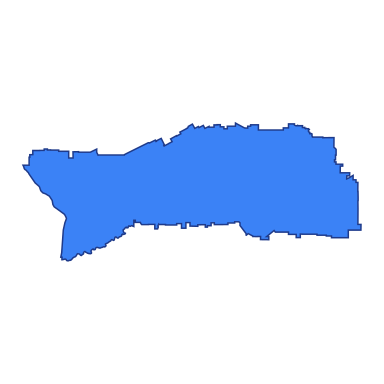 Pingelly, Western Australia, Australia
{"feature_id": "25037944B83412079426782", "entity_name": "Pingelly", "entity_type": "district", "adm_level": 2, "iso_a3": "AUS", "parent_name": "Australia", "parent_adm1": "Western Australia", "projection": "albers", "projection_center": [117.054, -32.532], "detail": "fine", "context": "isolated", "style": "filled", "palette": "blue", "viewbox_px": 384, "rotation_deg": 0, "n_neighbors": 0, "source": "geoboundaries", "source_scale": "gbopen_adm2", "svg_char_len": 5764}
<svg xmlns="http://www.w3.org/2000/svg" viewBox="0 0 384 384"><path d="M24.7,169.2L25.1,169.6L26.1,170.2L26.5,170.6L27.4,171.8L28.3,172.5L28.9,173.8L35.3,183.1L35.7,183.4L38.7,186.0L39.2,186.5L39.5,187.0L40.7,190.5L41.2,191.2L42.9,192.9L45.5,193.8L49.1,196.0L49.3,196.0L52.2,200.5L52.9,204.5L54.1,206.7L54.3,206.9L64.2,214.1L65.0,215.2L66.3,217.9L66.4,218.3L66.4,218.7L64.9,222.8L63.3,230.0L61.7,252.7L60.8,257.2L62.0,257.2L61.9,259.7L62.5,259.7L63.2,259.6L63.5,259.4L64.0,259.4L64.5,259.2L65.0,259.1L65.9,259.3L66.2,259.7L66.6,260.5L66.9,260.6L67.6,260.7L67.9,260.9L68.7,260.7L69.0,260.5L69.1,260.4L70.3,260.3L70.6,260.1L70.8,260.2L71.8,259.3L72.6,258.3L73.3,257.6L74.2,257.1L75.2,256.8L75.7,256.4L76.1,255.9L76.4,255.5L76.7,254.8L77.1,254.3L77.1,254.2L77.4,253.8L77.6,253.7L79.4,254.0L79.7,254.2L79.8,254.5L80.6,255.3L81.2,255.5L81.6,255.4L81.8,255.2L82.4,254.4L82.7,254.3L83.0,254.2L83.4,254.0L83.6,253.5L83.5,252.9L83.8,252.2L84.7,251.5L85.0,251.5L85.4,251.8L85.7,252.2L86.1,252.3L86.4,252.6L87.1,252.8L87.5,253.2L88.1,253.3L88.4,253.5L89.2,253.5L89.7,253.7L90.6,253.7L91.3,253.4L91.5,253.0L91.4,252.4L91.4,252.0L91.3,251.9L91.1,251.8L91.0,251.4L91.0,250.9L91.1,250.6L91.4,250.2L92.5,249.2L92.9,249.1L93.5,249.1L93.7,249.3L93.6,249.6L93.9,249.8L94.5,249.7L95.0,249.6L95.3,249.3L95.5,248.4L95.7,248.1L96.0,247.9L96.4,247.5L96.9,247.4L97.3,247.4L97.8,247.5L98.3,247.8L98.8,247.7L99.8,248.1L100.4,248.0L101.1,247.6L102.2,247.4L103.7,246.7L104.4,246.7L104.6,246.9L105.0,246.8L105.2,246.7L105.7,246.2L106.0,245.8L106.0,245.6L105.4,244.3L105.5,243.9L107.8,242.9L109.0,241.9L110.4,241.1L110.6,241.0L111.3,239.9L111.5,239.7L111.8,239.6L112.3,239.7L113.2,240.3L113.5,240.4L113.8,240.3L114.0,240.2L114.3,239.7L114.4,239.2L114.6,238.6L114.8,237.8L115.0,237.3L115.5,237.0L115.8,237.0L116.4,237.2L117.0,237.8L117.3,238.0L117.8,238.1L118.3,238.0L118.5,237.8L119.4,236.8L120.8,236.5L121.0,236.4L121.7,235.7L121.8,235.3L121.8,234.9L121.8,234.7L122.4,234.1L122.5,234.1L122.9,234.4L123.8,234.4L124.4,234.1L124.8,234.0L125.3,233.7L125.4,233.4L125.4,233.2L124.2,232.9L124.0,232.7L123.6,232.2L123.4,231.8L123.5,231.4L123.3,231.0L123.3,230.7L123.2,230.4L123.1,230.1L123.3,229.7L123.5,229.5L124.6,228.9L124.7,228.5L125.0,228.1L125.5,227.6L125.8,227.5L126.0,227.3L126.1,227.2L126.3,227.2L126.6,227.3L126.8,227.6L126.7,227.8L126.8,227.9L127.2,227.8L127.9,227.8L128.1,227.6L128.2,226.9L128.5,226.2L128.9,225.9L129.3,226.0L129.8,226.3L130.1,226.3L130.3,226.3L131.4,225.8L131.9,225.6L132.3,225.7L132.5,226.0L132.9,226.2L133.4,226.3L133.8,226.5L133.8,220.3L135.3,220.3L135.3,222.4L140.4,222.4L140.6,223.1L140.8,223.5L141.1,223.9L141.7,224.6L148.5,224.6L148.5,224.4L154.8,224.4L154.8,228.9L157.6,228.9L157.7,228.5L158.2,227.6L158.1,226.9L158.2,226.4L157.9,226.0L157.9,225.8L158.2,225.1L158.9,224.6L158.9,224.4L159.0,224.5L165.5,224.5L165.5,225.0L176.7,225.0L176.7,223.6L181.5,223.6L181.5,228.2L185.9,228.2L185.9,222.6L190.0,222.6L190.0,226.1L197.8,226.3L197.8,224.8L200.3,224.8L200.3,224.7L205.3,224.7L205.3,227.1L207.4,227.1L207.4,225.7L211.1,225.7L211.1,222.8L214.3,222.8L214.3,224.6L218.6,224.6L227.9,224.5L227.9,223.0L234.7,223.0L234.7,221.8L238.8,221.8L240.0,222.8L240.0,225.5L246.1,233.6L246.1,235.1L246.3,235.2L248.2,233.6L252.9,236.1L252.9,236.5L257.4,236.6L257.5,236.5L260.6,236.5L260.5,239.6L268.8,239.7L268.8,236.6L266.6,236.6L274.1,230.5L275.3,232.1L288.5,232.1L288.5,234.4L296.2,234.4L296.2,237.6L300.3,237.6L300.3,234.1L303.6,234.2L317.0,234.2L317.0,235.2L326.3,235.2L326.3,236.0L331.5,236.0L331.5,237.7L348.3,237.7L348.3,230.1L360.9,230.1L361.0,224.4L357.9,224.4L358.0,208.7L357.9,200.8L358.1,200.7L358.1,197.4L358.0,191.5L357.8,191.5L357.9,182.4L356.0,182.4L356.0,179.8L353.1,179.8L353.1,175.4L348.6,178.1L346.7,178.9L346.8,175.8L349.6,175.8L349.7,172.8L340.2,172.8L340.3,166.1L342.7,166.1L342.7,164.2L336.0,164.2L336.0,161.9L334.5,161.9L334.5,159.8L335.5,159.8L335.5,155.1L336.1,155.1L336.1,149.4L335.9,149.1L335.1,148.2L334.2,147.6L333.9,147.1L334.0,137.6L322.8,137.7L322.8,137.1L312.6,137.1L312.4,137.0L312.4,136.5L312.2,136.2L311.9,135.8L312.0,135.4L312.0,134.0L311.6,133.6L310.8,133.7L310.4,133.6L310.2,133.8L309.8,133.8L309.7,133.6L309.7,133.4L309.9,133.0L309.6,132.8L309.7,132.4L309.4,132.3L309.2,132.0L308.7,131.8L308.4,131.2L308.4,130.9L308.6,130.0L308.8,129.8L309.1,129.8L309.3,129.5L308.8,129.2L308.6,128.7L307.3,128.8L306.8,128.5L306.4,128.4L306.0,128.6L305.6,128.6L305.4,128.7L305.0,127.9L304.6,127.9L304.6,127.4L304.1,127.5L302.4,127.5L302.5,125.7L298.0,125.7L297.7,125.3L297.4,125.4L297.1,125.7L296.9,125.8L296.0,125.7L295.4,125.6L294.8,125.2L294.5,125.1L294.3,124.8L294.2,124.6L294.2,124.2L294.3,123.9L288.5,123.9L288.5,127.9L283.3,127.9L283.3,130.0L283.2,130.0L258.4,130.0L258.4,124.8L250.6,124.8L250.6,126.2L247.7,126.2L247.7,128.1L244.7,128.0L243.5,127.4L235.5,123.1L235.4,126.2L227.3,126.2L227.3,128.8L223.9,128.8L223.9,126.8L220.3,126.8L220.3,124.7L217.1,124.7L217.1,124.9L214.0,124.9L214.0,127.2L209.0,127.2L209.0,126.4L204.9,128.4L203.3,125.4L199.0,127.6L198.4,126.5L194.8,128.4L192.4,124.1L188.3,126.4L187.9,127.7L186.7,128.4L186.8,128.5L181.5,131.3L179.9,132.1L180.8,133.8L176.6,136.1L176.4,135.7L170.6,138.9L172.1,141.7L168.4,143.7L168.4,143.8L166.6,144.7L164.1,146.0L163.7,145.2L164.3,144.7L161.2,138.4L156.2,140.9L156.4,141.3L156.0,141.5L155.3,140.1L149.4,143.0L148.9,142.7L148.1,142.8L127.2,153.2L126.0,153.8L124.3,154.7L124.3,155.0L98.7,155.0L98.1,155.2L96.7,152.3L96.7,149.1L90.3,152.2L78.5,152.2L78.5,151.7L73.0,151.8L73.1,158.0L68.7,158.0L68.7,151.3L58.7,151.3L58.7,150.1L50.5,150.1L50.5,149.9L47.4,150.0L47.4,149.0L44.2,149.0L44.1,150.4L39.7,150.4L39.7,150.5L32.8,150.5L32.8,154.6L29.8,154.7L29.8,157.2L29.1,157.2L29.1,165.2L23.0,165.2L23.7,166.6L24.1,168.1L24.3,168.7L24.7,169.2Z" fill="#3b82f6" stroke="#1e3a8a" stroke-width="1.5"/></svg>